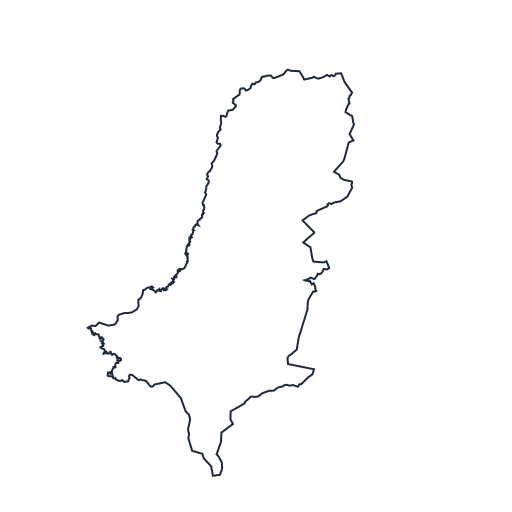 Virgas pag., Priekules, Latvia, rotated 45°
{"feature_id": "27541924B44819307732268", "entity_name": "Virgas pag.", "entity_type": "district", "adm_level": 2, "iso_a3": "LVA", "parent_name": "Latvia", "parent_adm1": "Priekules", "projection": "albers", "projection_center": [21.451, 56.438], "detail": "fine", "context": "isolated", "style": "outline", "palette": "slate", "viewbox_px": 512, "rotation_deg": 45, "n_neighbors": 0, "source": "geoboundaries", "source_scale": "gbopen_adm2", "svg_char_len": 6132}
<svg xmlns="http://www.w3.org/2000/svg" viewBox="0 0 512 512"><g transform="rotate(45 256 256)"><path d="M357.5,348.7L360.5,342.2L363.8,338.6L364.4,333.8L367.3,328.9L367.3,327.5L368.4,325.7L371.7,323.7L373.3,321.2L378.1,318.7L377.4,315.9L378.6,314.7L378.7,304.7L379.6,299.8L377.1,295.1L355.1,309.7L351.7,307.1L350.2,305.5L349.8,303.4L350.5,299.5L351.0,293.4L343.9,283.5L330.2,257.4L325.5,252.3L323.7,249.3L321.6,240.9L323.1,238.9L323.3,238.0L321.8,237.9L319.7,235.9L316.1,234.5L315.6,236.7L311.6,235.5L311.3,236.6L309.4,237.3L308.5,238.4L307.6,238.7L308.7,236.8L310.0,232.6L313.7,231.1L312.9,226.0L312.2,224.9L314.1,223.7L313.9,223.2L314.5,221.6L313.0,217.3L315.8,215.2L316.3,212.7L309.4,209.9L308.5,212.6L300.5,219.4L297.4,217.8L288.4,211.4L279.9,213.0L280.1,205.4L280.4,204.5L280.8,198.5L280.4,198.1L263.8,197.9L264.9,189.9L267.0,185.3L268.4,183.2L267.2,181.4L267.2,181.0L271.3,170.4L271.1,169.5L270.1,168.9L270.2,167.5L270.6,166.8L272.6,165.9L273.7,162.4L277.1,157.6L278.6,149.5L275.7,139.6L273.2,138.4L272.5,136.7L271.2,135.5L264.1,140.0L260.7,141.0L257.2,139.7L251.7,141.3L251.5,140.8L250.8,127.6L249.8,124.9L241.3,110.1L243.2,105.4L236.0,103.6L232.2,93.7L232.8,93.7L231.0,93.2L225.1,89.1L217.6,91.0L216.3,89.1L213.9,82.7L214.3,82.1L210.1,79.3L210.3,78.6L210.1,77.9L209.1,77.0L209.1,74.4L208.6,73.8L208.4,72.5L195.7,70.4L187.1,66.6L183.5,70.7L184.1,72.3L183.7,74.1L181.4,74.7L181.1,75.4L181.3,76.5L180.9,77.1L178.2,77.7L176.9,82.4L174.5,86.7L170.0,88.5L169.9,90.0L165.4,97.0L164.9,97.2L163.1,96.3L156.0,94.6L149.7,100.4L146.8,101.7L146.4,103.3L147.0,108.2L143.3,116.9L142.2,118.1L138.8,117.9L136.1,120.9L134.9,123.6L133.9,124.1L133.8,126.3L134.4,126.9L135.0,129.4L134.3,131.8L133.1,133.4L133.5,134.6L133.5,135.7L131.6,136.8L132.2,139.2L133.3,140.8L133.1,143.2L132.4,145.4L131.4,146.3L129.9,145.8L128.7,146.1L126.8,148.6L127.7,150.8L129.4,152.3L130.3,153.9L129.8,155.1L128.8,161.4L130.3,161.9L130.8,163.8L131.3,164.1L135.2,163.6L136.0,164.7L135.8,165.1L136.2,168.0L135.9,169.6L133.4,173.0L136.3,178.4L136.1,179.0L132.9,180.7L132.1,181.7L135.3,185.1L137.5,186.6L139.8,190.9L141.4,191.4L141.6,194.6L142.6,197.8L143.5,198.8L145.5,199.3L147.7,203.5L149.4,203.7L151.4,202.1L152.9,202.9L153.8,209.3L154.5,210.2L155.6,210.4L156.5,211.5L159.0,218.4L159.2,221.9L161.2,223.1L162.3,224.4L163.3,228.7L163.1,231.2L163.4,232.3L164.4,233.3L165.8,233.5L166.8,236.5L168.8,236.0L170.3,237.0L171.2,239.4L171.4,241.6L173.0,243.3L174.6,245.9L175.0,247.1L177.3,247.7L180.6,256.2L182.4,257.4L183.0,256.8L185.1,258.2L186.3,259.7L186.3,261.0L187.6,262.4L188.7,262.6L188.4,263.2L189.1,264.0L188.6,264.7L188.7,265.1L189.4,266.0L190.7,266.8L190.1,269.6L190.7,270.4L189.9,271.9L190.0,272.7L191.9,274.6L193.6,275.0L191.3,276.0L191.2,276.9L192.0,278.1L191.5,278.8L191.5,279.7L192.7,281.3L192.7,282.2L193.9,281.9L193.8,282.4L195.5,285.1L195.8,286.1L195.1,286.7L195.8,288.5L196.2,288.9L196.9,288.1L197.5,288.2L197.1,289.4L197.4,290.2L196.3,290.5L197.9,292.2L199.1,292.1L199.6,292.8L199.3,293.2L199.4,294.3L200.9,295.1L200.0,296.0L201.0,296.4L200.3,297.3L200.3,298.1L202.9,301.6L204.4,304.4L204.9,304.5L205.7,302.4L206.6,302.8L206.9,304.9L208.5,305.0L209.0,306.2L210.0,306.4L211.5,308.2L211.1,308.8L212.1,309.3L212.5,311.4L213.5,313.5L213.9,315.5L213.8,316.2L212.8,317.9L211.4,319.0L212.6,319.4L212.8,320.7L212.2,320.9L211.2,320.1L210.7,320.9L211.0,321.9L212.5,322.8L212.9,324.2L212.8,326.0L213.0,326.5L214.3,326.6L214.8,327.4L214.6,327.9L212.8,327.9L213.2,329.5L214.2,330.3L213.0,331.2L214.6,331.6L214.9,332.6L216.4,332.4L216.4,334.1L216.1,334.6L215.3,334.4L214.7,335.1L215.9,336.0L216.1,336.4L215.9,336.9L215.0,336.8L214.5,337.6L215.4,339.7L214.6,341.3L215.2,342.1L215.0,342.7L215.2,343.0L216.6,342.5L216.4,344.1L215.1,345.4L214.5,344.9L213.7,345.1L213.4,344.2L213.1,344.3L212.7,345.5L213.0,346.9L212.7,347.2L213.6,348.1L211.9,349.1L211.0,348.1L210.9,349.3L210.4,350.1L210.9,352.0L210.9,352.6L210.7,352.8L209.5,352.3L206.3,353.0L204.7,354.0L204.3,352.8L205.3,352.1L205.6,351.1L203.9,351.1L202.9,353.7L201.5,355.3L201.3,358.3L200.3,360.0L202.2,362.2L203.2,364.1L204.3,367.7L203.7,369.9L205.2,371.7L208.3,374.2L209.3,377.3L209.3,378.7L208.1,383.7L205.8,386.9L203.3,389.2L200.5,394.8L200.9,396.7L203.8,399.3L204.5,403.2L204.5,404.4L201.0,409.5L192.1,414.0L192.1,418.9L189.1,421.3L187.8,425.7L188.7,425.8L189.4,424.1L189.9,423.9L190.7,424.0L190.7,424.6L191.4,425.1L193.0,424.9L193.1,425.7L193.6,426.0L194.2,426.1L194.4,425.3L195.0,425.5L195.2,426.4L196.0,425.6L197.0,426.7L197.6,426.3L196.6,425.1L196.7,424.4L198.0,424.5L200.3,422.7L201.4,423.6L202.9,423.9L203.2,424.6L204.7,424.9L204.9,424.4L204.6,423.9L203.9,423.9L204.4,422.5L207.1,422.6L207.6,424.9L207.1,425.6L208.7,425.2L208.9,426.5L210.4,425.7L210.7,426.2L209.9,426.9L211.5,427.8L210.5,429.9L210.5,430.4L212.2,430.5L214.6,429.2L216.1,430.0L216.9,431.4L216.9,432.3L217.3,432.9L218.1,431.0L217.8,429.6L218.6,429.6L219.1,430.5L221.0,429.1L220.6,426.8L220.8,426.5L223.8,427.9L224.3,427.5L224.2,426.4L224.5,425.8L225.6,425.2L228.6,425.1L229.4,425.3L229.2,426.0L229.8,426.4L232.2,424.2L233.2,424.2L234.2,425.0L234.1,426.2L231.9,427.2L231.6,427.9L233.0,428.0L234.2,428.7L234.1,429.4L232.8,430.3L232.8,431.2L234.0,433.4L235.2,433.8L235.1,434.6L234.0,434.8L233.7,435.3L234.2,435.6L235.1,438.7L236.3,440.1L237.6,440.9L236.7,441.9L235.3,440.7L235.0,441.0L235.2,442.4L233.8,443.1L235.6,445.4L236.1,445.4L239.1,443.3L239.2,442.1L240.4,442.2L241.1,443.2L243.0,442.6L243.1,441.8L244.5,442.3L246.9,441.4L248.5,440.1L249.4,438.2L251.8,438.3L254.3,435.0L253.1,433.0L252.9,431.6L251.3,430.9L250.8,429.9L251.0,428.9L252.9,427.6L260.2,426.9L261.3,426.2L261.9,424.6L263.3,424.3L266.4,422.1L273.3,422.9L274.4,422.4L275.3,421.1L275.0,418.8L281.1,409.4L287.4,408.3L298.8,409.2L303.5,409.7L316.1,415.6L320.6,415.6L323.1,416.9L325.1,418.3L330.3,426.3L331.9,427.7L334.8,429.4L336.9,432.6L348.6,438.9L357.9,433.8L362.1,436.0L373.1,436.4L380.9,441.9L385.2,436.3L383.0,431.4L381.7,429.5L377.5,426.0L370.4,424.0L368.4,424.1L362.6,412.1L356.4,405.3L358.5,391.1L353.3,389.5L347.9,383.7L352.2,368.4L351.4,366.7L351.8,362.0L351.7,359.6L352.8,357.9L354.2,357.0L356.8,354.0L357.5,348.7Z" fill="none" stroke="#1e293b" stroke-width="2"/></g></svg>